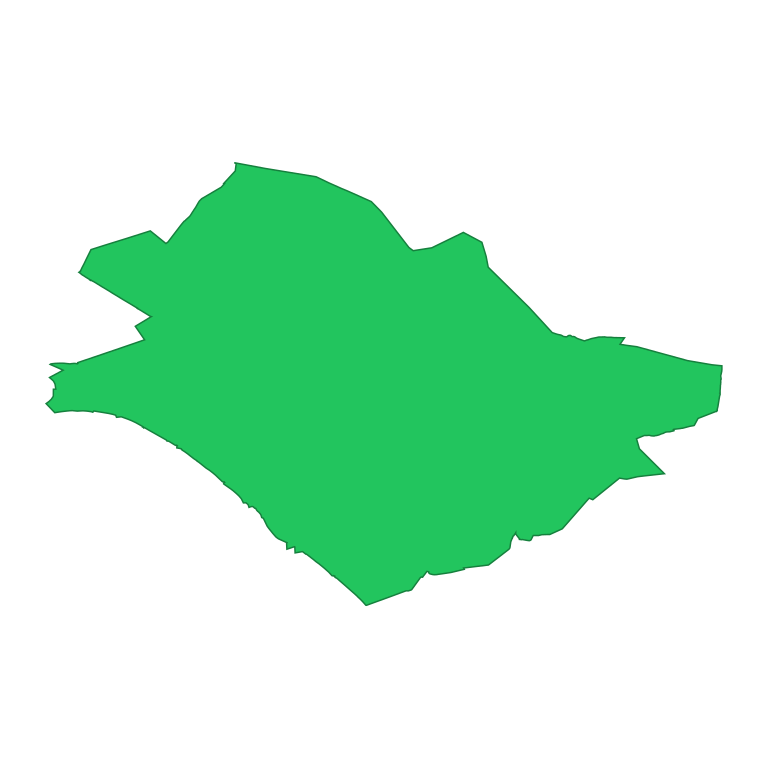 outline of Borne, Overijssel, Netherlands
{"feature_id": "6326949B45905338143380", "entity_name": "Borne", "entity_type": "district", "adm_level": 2, "iso_a3": "NLD", "parent_name": "Netherlands", "parent_adm1": "Overijssel", "projection": "robinson", "projection_center": [6.747, 52.312], "detail": "fine", "context": "isolated", "style": "filled", "palette": "green", "viewbox_px": 768, "rotation_deg": 0, "n_neighbors": 0, "source": "geoboundaries", "source_scale": "gbopen_adm2", "svg_char_len": 6007}
<svg xmlns="http://www.w3.org/2000/svg" viewBox="0 0 768 768"><path d="M54.8,412.7L57.7,412.2L61.8,411.6L66.0,411.1L70.2,410.7L72.3,410.6L77.2,411.1L82.9,410.8L87.1,411.1L91.3,411.7L92.8,412.2L93.9,411.0L100.1,412.0L104.3,412.7L108.5,413.4L112.7,414.3L115.7,415.2L116.5,417.3L121.3,416.8L128.0,419.2L131.9,420.8L135.7,422.6L139.3,424.6L143.1,426.8L142.7,427.1L143.7,427.7L143.8,428.0L144.6,427.7L149.8,430.7L166.3,440.0L166.9,441.0L168.6,441.2L175.2,445.2L176.2,445.5L176.6,445.2L177.3,445.7L177.0,446.0L176.8,447.9L181.1,448.7L181.1,449.0L182.0,449.6L182.0,450.0L184.4,451.5L187.6,453.8L190.6,456.2L193.7,458.6L197.0,460.8L197.0,461.1L198.6,462.1L206.1,468.1L209.5,470.3L212.6,472.7L215.6,475.2L218.4,477.9L222.4,481.7L223.7,482.1L224.2,481.9L224.6,482.3L224.2,482.5L223.6,483.8L224.3,484.4L229.9,488.3L233.0,490.6L236.0,493.2L238.8,495.8L241.3,498.7L243.4,502.9L246.0,502.8L248.1,504.6L249.0,507.4L250.3,506.9L251.3,506.6L252.2,506.5L253.2,506.8L253.9,507.4L254.5,508.1L255.7,508.4L256.2,509.4L256.8,510.3L257.3,510.9L257.8,511.4L258.6,512.0L260.2,513.8L260.5,514.2L260.8,514.8L261.1,515.4L261.7,517.5L263.4,518.3L264.1,519.8L267.2,526.2L268.8,528.4L272.9,533.5L275.6,536.6L276.2,537.2L278.4,538.8L287.0,542.7L286.8,543.0L286.6,543.4L286.9,549.2L294.5,546.7L294.8,546.9L295.1,552.9L302.5,551.6L305.9,554.2L306.5,554.2L313.4,559.5L315.9,561.6L319.1,563.9L324.2,568.1L327.8,571.3L328.8,572.2L332.0,575.7L333.3,575.9L333.6,575.6L334.8,576.2L334.5,576.6L335.2,577.4L335.6,577.7L336.6,578.1L337.4,578.7L339.5,580.6L341.7,582.5L353.9,593.2L357.1,596.1L357.6,596.7L360.4,599.3L363.0,602.0L365.8,605.2L366.5,605.3L370.6,603.8L388.8,597.2L406.1,590.8L408.2,590.9L408.6,590.8L411.1,590.0L411.3,589.9L411.6,589.7L411.8,589.5L420.4,577.6L420.7,577.4L420.9,577.2L421.2,577.1L421.7,577.1L422.0,577.1L422.6,577.2L423.2,576.3L425.0,574.0L426.9,571.4L428.7,571.8L428.7,572.7L429.3,573.5L430.1,573.9L432.4,574.5L433.9,574.7L435.1,574.7L436.8,574.6L438.4,574.3L442.1,573.8L450.9,572.5L464.3,569.3L463.6,568.0L488.5,565.0L508.5,549.6L508.9,549.2L509.3,548.9L509.5,548.5L509.7,548.2L509.8,548.0L509.9,547.7L510.0,547.2L510.7,542.4L510.7,542.1L510.9,541.5L511.8,539.2L512.4,537.7L512.5,537.8L513.1,536.1L513.8,535.7L514.4,534.7L515.1,533.8L515.7,532.8L515.7,534.0L519.1,538.4L519.5,538.7L519.4,539.4L521.8,539.7L522.2,539.5L527.1,540.4L529.3,540.7L529.9,540.5L530.2,540.4L530.8,540.1L531.3,539.3L533.0,535.9L533.3,535.5L538.6,535.5L541.8,534.7L544.5,534.6L547.8,534.5L549.8,534.5L562.3,528.8L589.1,498.2L592.8,499.7L593.3,499.3L618.9,478.6L619.4,478.1L624.2,478.9L625.1,479.0L626.1,479.1L627.1,479.1L628.5,478.8L631.5,478.1L637.6,476.7L644.3,475.9L664.4,473.7L639.4,448.8L636.5,438.7L644.3,435.5L644.8,435.5L647.0,435.5L648.0,435.4L649.0,435.3L649.8,435.4L650.7,435.7L652.0,435.9L653.8,436.0L654.2,436.0L654.5,435.9L655.1,435.7L656.8,435.5L659.0,434.9L661.1,434.0L662.1,433.6L662.6,433.6L662.9,433.5L663.3,433.3L665.5,432.2L666.0,432.1L666.5,432.0L667.2,431.9L669.8,431.8L673.3,430.9L673.9,430.8L674.0,430.5L673.7,430.3L673.5,430.1L673.3,429.8L673.3,429.5L673.5,429.4L673.9,429.3L678.8,428.7L680.0,428.6L680.9,428.4L681.6,428.3L682.7,428.2L689.8,426.3L693.8,425.6L694.2,425.4L694.5,425.0L697.8,418.9L698.1,418.4L715.3,411.7L715.5,411.6L715.8,411.5L716.2,411.5L716.5,411.5L717.2,410.7L717.3,410.1L717.1,409.9L717.4,408.6L717.9,406.6L719.6,396.1L720.1,394.6L720.1,393.6L719.8,393.2L720.1,393.0L720.1,391.4L720.1,390.4L720.3,388.4L720.4,386.4L720.4,385.4L720.6,384.6L720.7,382.8L720.8,382.1L720.7,381.3L720.8,379.5L721.1,379.3L721.1,378.6L720.7,375.8L721.3,373.4L721.7,371.5L721.9,369.6L721.9,365.8L712.1,364.8L687.5,360.6L636.8,346.7L626.3,345.3L623.3,344.8L620.9,344.5L620.0,344.3L622.2,341.1L624.3,338.1L624.5,337.8L614.9,337.6L614.0,337.6L611.2,337.3L607.1,337.3L604.6,336.9L601.4,337.0L600.2,337.0L599.4,337.0L598.4,337.1L597.6,337.3L596.3,337.6L594.8,337.9L592.8,338.3L591.4,338.6L589.4,339.3L588.0,339.8L587.2,340.0L586.6,340.1L585.4,340.6L584.4,340.9L583.5,340.6L578.4,338.9L577.5,338.5L576.9,338.3L576.4,338.0L575.1,337.1L574.7,336.8L574.3,336.7L573.5,336.5L572.8,336.6L572.4,336.6L572.1,336.6L570.9,335.7L570.6,335.5L570.3,335.4L569.4,335.4L568.9,335.5L568.4,335.6L567.2,336.5L566.8,336.8L566.0,336.8L565.2,336.7L563.7,336.5L563.2,336.3L561.5,335.3L560.6,335.0L557.7,334.4L556.0,333.9L554.0,333.2L552.2,332.6L548.7,328.8L529.2,307.6L488.2,267.2L486.1,256.3L481.9,242.3L463.3,232.4L462.8,232.7L431.8,247.8L413.2,250.7L408.9,247.5L381.6,212.1L371.3,201.6L347.1,190.8L343.0,189.1L342.2,188.8L328.5,182.7L316.2,176.8L264.9,168.4L234.3,162.7L236.2,163.7L235.6,168.1L235.3,170.9L229.5,177.2L223.8,183.4L224.5,183.6L221.3,187.2L220.6,187.6L202.7,198.1L201.7,198.7L199.4,201.0L199.0,201.6L198.2,202.9L196.2,206.4L195.7,207.3L193.5,210.5L193.1,211.3L192.6,211.9L191.0,214.5L190.4,215.4L189.9,216.1L189.1,216.9L187.0,218.8L186.0,219.7L185.7,220.0L185.4,220.5L184.9,220.8L184.3,221.1L183.4,222.1L182.3,223.4L180.6,225.5L171.8,237.0L169.0,240.7L168.3,241.6L168.0,242.0L165.9,243.5L157.0,236.3L150.3,230.9L126.7,238.4L104.5,245.3L91.0,249.6L86.1,259.5L84.1,263.7L81.8,268.1L81.0,269.9L80.3,271.0L80.5,271.1L80.3,271.4L78.9,272.3L79.9,273.0L82.2,274.9L83.6,275.7L85.7,277.1L88.3,278.7L90.1,279.8L89.9,280.0L90.5,280.4L90.7,280.1L91.0,280.3L91.1,280.2L92.0,280.8L93.8,281.7L101.9,286.7L110.1,291.6L111.1,292.3L113.7,293.9L123.4,299.8L127.8,302.4L136.6,307.7L136.7,307.8L136.7,307.7L137.4,308.1L137.2,308.3L139.4,309.6L146.6,314.0L150.5,316.4L151.3,316.6L135.3,326.3L144.6,339.8L124.6,346.7L107.9,352.4L78.4,362.4L77.8,362.6L78.0,363.1L78.0,363.3L77.9,363.5L77.7,363.7L77.3,363.8L76.7,363.7L75.8,363.5L74.4,363.4L73.9,363.4L73.2,363.5L71.7,363.6L70.5,363.8L69.9,363.9L68.4,363.7L67.2,363.6L64.4,363.3L62.5,363.2L60.3,363.2L57.3,363.3L55.2,363.4L52.3,363.7L50.6,364.0L50.1,364.4L53.3,365.8L58.8,368.2L63.1,370.2L49.5,377.5L49.8,377.8L50.3,378.2L51.7,379.4L53.5,381.1L54.6,383.2L55.1,384.4L55.7,388.5L55.8,389.2L53.4,389.2L53.3,396.3L51.3,399.3L48.7,401.7L46.1,403.6L54.8,412.7Z" fill="#22c55e" stroke="#15803d" stroke-width="1.5"/></svg>